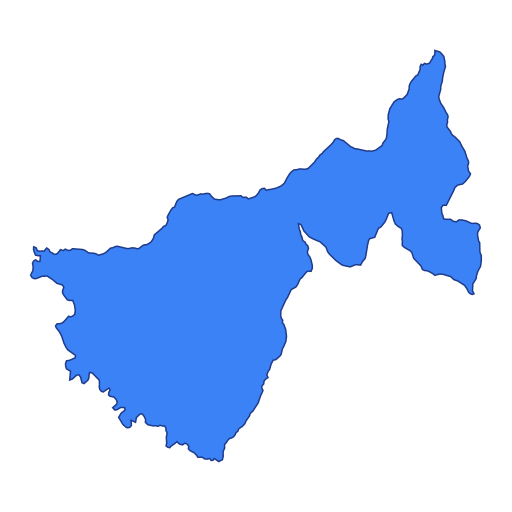 outline of Figueirópolis, Tocantins, Brazil
{"feature_id": "56859067B42952523551593", "entity_name": "Figueirópolis", "entity_type": "district", "adm_level": 2, "iso_a3": "BRA", "parent_name": "Brazil", "parent_adm1": "Tocantins", "projection": "robinson", "projection_center": [-49.267, -12.239], "detail": "fine", "context": "isolated", "style": "filled", "palette": "blue", "viewbox_px": 512, "rotation_deg": 0, "n_neighbors": 0, "source": "geoboundaries", "source_scale": "gbopen_adm2", "svg_char_len": 5998}
<svg xmlns="http://www.w3.org/2000/svg" viewBox="0 0 512 512"><path d="M474.0,293.8L472.5,290.9L472.8,284.0L476.3,278.3L476.4,275.9L477.9,271.2L480.5,266.4L481.3,260.9L481.3,255.7L479.9,252.0L479.7,242.8L478.6,240.9L477.5,234.9L477.8,232.0L480.3,227.9L479.5,225.0L477.7,223.7L475.8,223.2L471.8,223.5L466.3,221.0L463.7,220.3L461.0,219.9L458.7,220.0L456.5,221.8L453.2,221.3L450.6,219.3L445.8,219.3L443.6,218.8L442.8,215.4L441.9,213.6L441.3,207.6L443.1,205.2L446.3,205.3L453.7,190.6L454.9,187.6L457.6,185.1L462.6,184.0L465.2,181.6L468.5,177.6L469.6,176.0L470.5,173.8L468.6,171.2L467.6,165.9L468.5,163.9L468.6,161.8L467.9,159.9L466.9,158.0L464.9,151.3L461.8,146.1L459.7,141.7L455.0,137.0L452.8,135.4L451.2,133.6L450.6,131.6L447.1,127.1L446.7,124.8L447.5,122.6L447.4,119.7L448.1,116.8L447.6,114.8L446.0,112.4L443.8,107.8L440.7,103.2L439.0,98.6L438.8,96.2L440.7,89.4L440.7,87.0L441.2,84.4L442.2,81.8L442.8,76.7L443.9,71.7L445.5,66.6L444.9,63.9L444.9,61.8L443.8,56.4L442.0,54.2L439.9,52.0L434.9,50.4L434.9,53.2L434.4,55.6L432.9,56.5L432.2,58.9L430.9,60.7L429.6,63.1L426.9,64.1L424.4,63.4L422.9,65.2L421.2,64.3L420.1,66.5L420.1,69.4L417.8,74.9L415.9,75.9L411.5,81.2L409.9,83.9L409.2,86.1L409.2,88.7L407.2,94.4L403.5,98.2L401.9,99.2L399.8,98.7L397.7,99.3L394.2,101.7L389.9,108.6L388.3,114.3L388.1,119.1L388.9,121.6L387.2,129.4L387.1,133.0L386.4,138.1L385.5,139.8L382.9,143.1L382.1,145.5L375.8,150.1L371.9,151.2L369.2,150.9L366.9,151.1L357.0,148.9L354.8,148.8L353.1,147.7L350.8,146.8L343.4,140.6L340.3,139.7L338.3,138.4L336.4,138.5L334.7,139.6L333.3,142.1L331.0,144.7L323.6,151.6L322.1,153.6L320.1,154.8L318.6,157.1L316.5,159.1L314.4,162.3L308.3,168.3L305.4,169.3L299.8,168.9L296.7,169.7L294.1,169.9L291.7,171.5L289.7,173.7L286.8,178.4L284.4,183.2L281.2,185.9L276.3,188.1L270.8,189.4L268.6,189.6L266.3,190.3L264.5,188.3L262.1,188.6L260.0,190.0L258.5,192.9L256.6,195.3L254.7,196.8L248.3,198.9L246.3,197.2L242.8,197.4L241.1,195.8L231.7,196.0L228.9,196.6L226.4,198.0L219.9,199.9L214.6,199.2L211.3,196.1L209.7,193.9L207.9,193.4L205.5,193.5L203.3,194.2L200.6,193.9L198.3,194.8L196.2,195.3L192.5,193.5L178.5,199.4L176.7,201.6L174.5,207.2L172.7,207.8L170.8,210.3L168.1,215.1L167.2,217.2L168.1,220.0L167.0,223.3L165.7,225.7L163.7,226.2L162.1,228.2L154.2,235.0L153.8,237.1L152.9,239.2L151.2,241.8L148.9,243.5L146.6,244.7L144.7,244.8L143.0,245.3L139.1,248.4L137.2,248.8L135.2,248.1L132.1,247.8L129.2,248.5L127.1,248.6L117.2,246.2L114.6,246.8L112.8,247.8L110.6,248.1L105.6,252.6L103.1,253.9L98.4,255.2L96.6,254.1L94.3,253.3L88.5,252.9L84.9,250.3L82.4,249.5L72.5,248.7L70.3,250.3L67.8,250.4L65.3,249.1L63.1,250.6L60.5,249.6L57.8,253.0L56.4,254.2L54.1,254.2L52.0,252.8L50.1,252.0L48.9,249.5L46.7,248.0L44.0,251.2L42.0,250.9L40.2,251.3L37.4,250.7L36.1,247.8L33.7,246.8L33.5,249.3L34.2,251.9L35.5,255.1L37.9,255.7L40.4,255.8L40.0,261.4L37.6,261.4L35.7,259.8L33.6,261.0L32.5,263.3L33.1,266.3L32.9,270.8L31.7,272.8L30.7,275.3L32.1,277.6L34.3,278.7L36.4,278.5L42.5,276.1L44.5,276.3L46.9,275.9L52.6,279.6L56.9,283.3L62.5,285.0L63.8,287.4L62.6,290.5L62.6,293.0L63.9,295.3L67.3,299.8L69.8,300.5L72.7,300.4L74.6,305.3L75.3,310.7L74.7,314.4L72.6,316.1L70.8,316.9L68.6,316.2L64.5,321.0L62.2,323.0L59.5,323.8L57.1,323.8L55.5,325.9L56.3,327.9L59.4,331.8L61.7,336.2L64.0,343.2L66.1,347.5L67.8,349.9L75.5,355.4L75.2,357.8L69.6,360.3L66.5,360.8L65.5,363.7L65.7,366.4L66.5,368.9L70.5,371.2L69.7,380.0L72.4,379.0L76.6,375.2L78.9,374.8L80.5,377.0L82.0,382.7L84.0,383.6L87.9,380.2L88.9,377.9L89.0,375.3L89.6,372.4L92.3,373.0L99.3,380.2L99.5,384.5L99.2,386.8L99.7,389.2L101.2,391.2L103.1,392.0L109.0,388.1L110.1,389.8L108.9,392.2L108.5,394.8L109.8,396.2L113.8,397.0L116.2,399.5L117.2,402.1L116.6,404.2L112.7,407.7L114.9,410.1L117.2,409.6L120.8,407.4L124.7,407.7L125.1,410.0L121.1,413.2L118.6,417.3L122.9,424.4L125.8,427.0L127.4,427.8L129.8,427.4L131.4,425.5L131.1,420.3L135.5,422.3L136.5,417.4L140.2,413.9L142.3,414.0L144.2,416.5L145.6,419.5L145.4,422.4L147.8,424.7L153.0,425.9L155.8,425.7L157.8,426.3L160.2,425.3L162.6,426.0L164.7,426.1L165.9,428.0L166.0,430.7L167.1,432.9L166.3,437.6L166.7,442.9L166.1,445.9L167.7,447.2L169.8,447.7L171.0,446.2L175.0,443.4L176.9,441.6L178.5,443.3L180.1,444.4L182.7,444.8L184.8,443.2L186.8,443.9L188.7,446.1L188.4,448.9L190.0,450.6L194.3,452.9L196.2,454.8L197.9,457.3L202.3,457.2L204.6,458.9L207.3,459.1L209.8,458.5L211.1,460.5L213.2,460.2L214.3,458.5L218.7,461.6L222.4,459.7L223.2,456.4L223.1,451.5L224.6,448.3L224.6,444.5L226.6,442.2L228.0,439.9L229.7,438.5L231.5,438.0L233.5,436.9L235.2,434.7L236.0,432.6L237.8,431.3L238.8,428.7L242.4,426.4L244.9,423.6L245.9,421.1L249.6,415.8L250.1,413.5L252.8,411.2L258.3,402.7L260.3,396.5L263.0,390.5L261.7,387.7L262.1,385.7L263.7,384.0L264.0,381.2L265.6,379.1L268.0,377.6L266.8,375.0L268.2,371.2L269.5,369.7L271.3,363.6L273.2,360.2L275.9,359.6L279.8,356.2L281.1,354.4L282.5,348.6L283.9,346.1L285.9,341.2L286.5,336.4L285.7,329.5L283.8,324.3L282.4,322.9L282.7,320.2L281.5,318.5L280.7,315.9L280.9,310.7L285.9,299.8L287.4,297.7L291.2,289.6L295.8,287.1L297.4,284.9L300.1,279.0L301.8,277.7L306.5,271.9L308.5,271.1L311.1,271.3L312.3,268.3L312.3,265.3L311.0,259.9L309.9,257.1L307.7,254.0L307.4,251.7L308.5,248.2L307.6,245.5L306.1,244.3L305.2,242.2L302.8,240.6L301.7,236.3L300.7,234.6L300.4,231.9L299.3,229.2L298.4,223.7L300.9,224.5L304.0,231.1L309.2,236.8L313.5,239.1L320.2,241.9L326.0,247.2L327.7,251.8L329.4,254.1L335.9,260.5L341.0,264.3L342.8,265.3L350.2,266.9L355.8,264.6L360.6,265.1L362.3,261.9L365.1,258.5L365.9,255.4L367.5,245.3L368.6,240.5L369.7,238.7L374.7,237.3L378.3,228.6L381.0,226.8L384.6,222.4L385.7,220.5L388.7,213.2L391.7,212.7L393.9,220.5L395.3,223.9L398.2,226.5L401.2,228.3L402.2,230.5L402.4,235.2L402.0,239.1L402.4,241.0L402.2,245.3L404.2,247.3L410.7,251.1L412.0,253.0L413.7,258.3L421.0,266.0L422.5,269.6L424.9,270.6L427.0,270.7L430.6,272.3L432.9,273.7L434.8,275.3L439.4,274.1L442.6,274.2L450.7,276.6L453.8,279.6L457.6,280.9L464.5,285.3L466.9,288.7L468.7,292.3L470.2,293.7L472.2,294.5L474.0,293.8Z" fill="#3b82f6" stroke="#1e3a8a" stroke-width="1.5"/></svg>